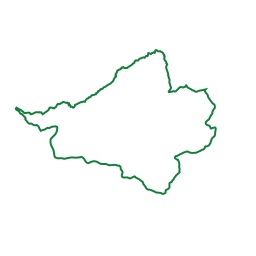 Jardín, Antioquia, Colombia, rotated 59°
{"feature_id": "7082276B57305283238211", "entity_name": "Jardín", "entity_type": "district", "adm_level": 2, "iso_a3": "COL", "parent_name": "Colombia", "parent_adm1": "Antioquia", "projection": "natural_earth1", "projection_center": [-75.842, 5.568], "detail": "fine", "context": "isolated", "style": "outline", "palette": "green", "viewbox_px": 256, "rotation_deg": 59, "n_neighbors": 0, "source": "geoboundaries", "source_scale": "gbopen_adm2", "svg_char_len": 5709}
<svg xmlns="http://www.w3.org/2000/svg" viewBox="0 0 256 256"><g transform="rotate(59 128 128)"><path d="M140.7,42.7L136.7,43.2L135.8,43.1L135.2,42.4L134.9,41.6L133.9,44.7L132.6,48.1L132.3,50.2L132.0,51.1L131.3,51.7L130.0,52.1L129.4,52.9L128.8,53.3L127.5,53.9L124.8,55.5L123.8,56.0L122.9,56.1L121.5,56.0L121.4,56.4L122.1,57.6L121.8,59.3L121.6,60.0L120.6,61.0L119.8,62.2L119.9,62.9L121.0,67.4L120.9,68.9L120.7,69.4L119.8,70.1L119.5,71.5L118.9,72.9L118.4,74.1L118.3,74.4L117.9,74.4L117.4,73.8L116.8,72.2L116.2,71.0L115.6,70.3L113.4,69.9L112.4,69.5L110.7,69.3L109.1,68.3L108.5,67.8L107.9,67.5L107.3,67.3L106.4,67.4L105.1,66.7L104.5,66.6L104.1,66.7L103.7,66.6L102.8,65.9L100.8,65.3L99.9,65.2L98.4,64.8L97.3,64.6L95.6,64.1L94.6,63.1L93.8,61.7L93.4,61.5L92.5,61.9L91.6,61.4L90.3,61.2L89.0,61.6L87.7,61.3L87.2,61.3L86.4,60.3L86.0,60.1L85.7,60.1L85.4,59.6L84.5,59.8L84.0,59.3L83.6,59.5L83.0,59.6L82.1,59.3L81.4,59.6L80.7,59.7L79.9,60.4L78.9,60.7L78.6,61.1L78.3,62.0L78.0,62.5L77.3,63.0L76.3,63.2L75.6,64.0L75.5,64.4L75.6,64.7L76.5,65.4L77.3,66.4L76.2,67.4L76.2,67.8L76.4,68.3L76.1,69.0L76.4,70.0L76.4,70.3L75.3,71.0L74.3,72.0L74.7,72.5L75.4,72.9L75.7,73.2L76.3,74.0L76.3,74.3L75.7,75.1L75.7,75.7L76.2,77.2L76.3,77.6L75.7,78.0L75.5,78.4L75.0,79.7L74.9,81.3L74.7,82.3L74.8,83.1L75.2,84.4L75.3,84.9L74.9,85.5L74.1,86.4L74.1,87.1L74.4,88.0L75.4,89.0L75.3,90.2L75.8,92.2L75.9,96.6L76.1,97.6L76.1,97.9L75.6,98.4L75.4,99.4L74.9,100.1L74.6,100.3L73.4,100.6L73.3,100.9L73.3,101.2L73.1,101.6L73.0,102.1L73.1,102.5L73.5,102.7L73.6,102.9L73.4,103.5L73.7,103.9L73.6,104.5L73.7,105.0L73.2,106.0L73.5,106.6L73.4,107.5L73.5,107.9L74.6,108.9L75.3,110.6L76.1,111.0L76.1,111.4L76.4,111.6L77.5,111.4L77.8,111.8L77.8,113.3L78.4,113.8L78.7,114.8L79.6,115.8L80.0,116.6L80.4,117.5L80.5,118.6L80.9,120.0L80.7,122.7L81.0,126.2L80.6,128.0L81.1,129.0L81.2,129.7L81.1,130.8L80.7,131.2L80.6,131.5L81.3,133.1L81.1,134.9L81.2,135.0L81.7,135.2L81.9,135.6L81.8,137.4L82.4,137.8L82.6,138.1L82.2,139.0L82.1,140.1L81.9,140.8L81.4,141.8L81.3,142.2L82.1,144.5L82.0,145.0L81.6,145.7L81.9,146.3L82.0,146.7L82.0,147.1L81.7,148.1L81.8,148.5L82.6,150.2L82.8,150.8L83.3,151.5L82.6,152.0L82.1,154.0L81.7,154.6L81.7,155.3L81.4,156.2L81.2,160.2L80.9,161.1L80.9,161.3L80.9,161.5L81.6,162.1L82.2,162.9L82.5,164.1L82.1,164.7L81.3,164.7L81.0,164.9L80.5,165.7L80.4,166.2L79.5,165.8L78.8,165.8L78.6,166.0L78.5,166.7L78.2,167.1L77.7,167.0L77.1,166.0L76.6,165.8L76.4,165.8L76.3,166.7L76.1,166.8L75.5,166.7L75.1,166.8L74.7,168.0L74.1,168.4L72.2,170.1L72.4,171.4L72.2,172.9L72.4,173.8L72.0,174.5L71.8,175.2L71.4,175.4L71.3,176.0L71.7,177.0L72.8,178.8L72.9,180.3L73.1,181.3L72.4,182.2L72.0,182.1L71.5,182.6L70.7,183.9L70.4,184.0L70.3,184.5L70.5,185.2L70.8,185.9L71.4,186.4L71.6,186.9L72.0,189.5L72.0,191.4L72.1,191.8L72.2,192.9L72.1,193.4L72.3,194.0L71.0,194.3L69.9,194.3L69.4,195.4L68.7,195.9L68.3,197.0L67.0,198.9L66.9,199.8L66.7,202.4L66.4,203.7L66.0,204.3L65.7,204.5L64.4,204.4L63.9,204.8L62.5,207.8L61.6,209.2L59.5,209.7L58.3,210.4L57.4,210.6L55.1,212.1L53.1,213.2L53.9,214.4L54.3,214.4L57.5,212.9L58.3,212.8L59.4,212.9L60.3,212.8L61.6,211.8L65.8,210.8L66.7,210.7L67.0,211.0L67.5,211.2L67.6,211.5L67.9,211.6L72.3,210.9L73.2,210.5L73.6,210.1L73.9,209.8L74.2,209.0L74.8,208.3L76.2,207.7L77.4,206.8L77.9,206.3L78.4,204.9L79.0,204.3L79.5,204.1L81.2,203.9L82.3,204.2L85.5,204.2L85.9,201.9L86.4,200.4L86.4,196.9L87.0,196.3L87.5,195.4L87.7,192.7L88.5,190.9L89.3,189.2L90.4,188.3L91.4,188.5L92.0,188.9L94.0,190.6L95.0,191.8L96.1,194.0L97.1,198.2L97.6,199.8L98.8,200.9L100.7,202.0L103.0,202.7L104.5,202.9L107.4,203.1L109.0,203.4L114.1,205.4L115.7,205.6L116.8,204.7L118.0,203.6L119.3,201.0L120.7,199.3L121.5,198.7L123.8,192.2L125.0,190.2L126.3,188.4L127.6,186.1L128.9,182.7L129.9,182.0L132.1,181.5L134.0,181.6L136.2,181.3L136.5,181.2L137.5,180.4L137.8,179.5L138.0,177.2L138.5,175.3L139.0,174.2L139.9,173.0L140.9,172.1L144.7,169.9L147.2,166.0L148.0,165.0L149.9,163.6L150.6,162.6L152.2,159.5L152.4,158.9L153.2,157.7L154.0,156.9L154.6,156.5L155.2,156.0L155.5,155.2L155.9,154.8L156.5,154.6L157.7,154.5L159.8,155.5L161.4,155.2L162.7,155.3L163.6,155.8L164.9,157.3L165.7,157.9L166.5,158.1L167.1,158.1L167.6,157.8L168.2,157.1L170.2,153.8L172.1,152.5L172.5,151.6L172.6,148.8L172.9,147.3L173.3,147.0L174.1,147.0L174.7,146.7L177.8,144.8L182.0,143.2L184.0,143.7L187.5,143.3L188.6,143.4L189.4,143.3L190.3,143.1L191.0,142.6L192.0,141.3L193.2,140.2L196.2,137.9L197.0,137.6L197.7,137.1L200.6,133.3L201.8,132.7L202.4,132.1L202.9,130.6L202.9,129.7L202.6,129.2L202.2,128.7L201.2,128.1L200.8,127.6L200.9,124.9L200.7,123.8L200.5,123.3L200.1,123.0L199.1,122.3L197.4,121.4L196.9,121.0L196.5,120.5L196.5,119.7L196.8,118.9L196.8,118.3L196.4,117.7L196.0,117.3L195.8,115.9L194.6,114.1L193.2,110.4L192.8,107.6L192.3,106.4L191.4,106.2L189.7,104.8L188.2,104.5L185.7,102.7L183.7,102.0L182.6,101.7L180.8,101.6L180.3,102.3L178.2,103.2L177.5,103.0L177.2,102.7L177.0,102.3L176.8,101.7L176.8,101.2L177.3,100.4L177.3,97.2L177.7,94.0L177.8,92.5L178.3,90.3L178.9,88.9L179.9,88.4L180.8,87.7L182.3,86.1L183.9,83.1L184.3,82.1L184.8,78.0L184.9,75.8L184.9,75.3L185.2,74.6L185.2,74.1L184.7,72.6L184.2,72.1L183.8,71.9L183.7,71.6L183.7,71.3L183.8,70.8L184.1,70.4L184.4,69.6L184.6,67.9L184.4,67.3L183.2,64.9L182.2,63.9L180.3,61.5L179.8,60.1L179.7,58.6L179.2,57.6L178.3,56.7L176.1,55.1L174.5,53.6L173.6,53.1L172.8,53.0L172.3,53.3L172.0,53.9L171.6,55.3L171.5,56.1L171.3,57.0L170.9,57.3L170.4,57.3L170.1,57.1L169.5,57.0L168.1,57.0L165.8,58.9L164.8,59.1L164.3,59.0L163.1,58.4L162.9,58.0L162.7,57.4L162.2,54.0L160.3,51.1L159.6,49.8L159.3,48.6L159.2,48.4L157.8,47.5L157.1,46.6L156.2,45.1L155.6,43.4L154.8,42.7L153.1,42.0L152.3,41.9L150.6,42.7L148.9,43.0L143.0,43.4L140.7,42.7Z" fill="none" stroke="#15803d" stroke-width="2"/></g></svg>